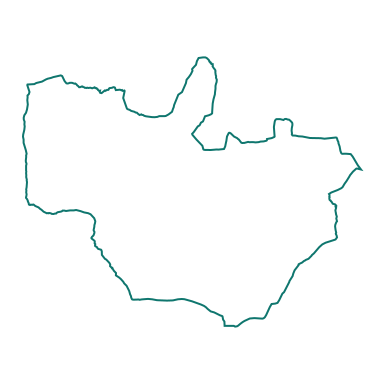 Ikungi, Singida, United Republic of Tanzania (Mercator projection)
{"feature_id": "72390352B5494870713744", "entity_name": "Ikungi", "entity_type": "district", "adm_level": 2, "iso_a3": "TZA", "parent_name": "United Republic of Tanzania", "parent_adm1": "Singida", "projection": "mercator", "projection_center": [34.477, -5.124], "detail": "fine", "context": "isolated", "style": "outline", "palette": "teal", "viewbox_px": 384, "rotation_deg": 0, "n_neighbors": 0, "source": "geoboundaries", "source_scale": "gbopen_adm2", "svg_char_len": 5796}
<svg xmlns="http://www.w3.org/2000/svg" viewBox="0 0 384 384"><path d="M361.0,169.5L357.9,165.4L352.7,156.6L350.7,154.1L345.8,153.7L342.2,153.8L341.6,153.5L341.2,153.0L340.4,150.8L339.6,146.4L338.5,143.4L338.3,141.8L337.5,140.3L337.2,139.0L336.6,137.7L335.9,137.5L324.5,138.7L320.8,138.2L310.0,138.0L302.3,136.5L298.7,136.3L295.4,135.6L292.6,135.5L292.3,135.3L291.8,134.3L292.0,133.5L291.6,130.7L291.8,128.1L292.4,125.1L292.4,123.8L292.1,122.6L290.2,120.6L288.9,119.6L288.0,119.6L286.0,118.9L284.6,119.1L283.5,120.0L280.0,119.1L276.6,119.1L275.7,119.6L275.0,120.7L274.7,121.7L273.9,127.0L274.6,136.6L274.2,137.0L271.7,138.1L267.1,139.0L267.2,139.4L266.7,140.5L266.1,140.8L263.7,141.4L260.4,141.6L258.8,142.1L255.7,142.4L252.9,142.1L249.4,142.2L248.1,141.9L244.4,142.9L242.2,143.0L241.3,142.7L238.8,139.5L237.9,138.9L237.1,138.1L234.1,136.6L230.8,133.4L229.7,132.8L229.1,132.8L228.7,133.1L227.0,136.5L226.3,141.3L226.1,141.9L225.2,146.4L224.0,149.0L218.4,149.6L216.6,149.5L210.7,150.0L204.7,149.9L203.6,149.6L203.3,149.2L202.4,145.8L196.5,139.6L192.5,134.9L192.1,133.9L193.9,131.9L197.8,126.4L199.5,125.4L199.8,125.0L200.9,122.7L203.0,121.4L205.0,116.3L208.7,115.3L211.0,114.3L212.1,113.4L212.2,111.4L212.7,103.6L213.5,99.3L214.9,94.3L215.0,92.5L215.5,88.7L215.5,85.9L216.0,83.8L216.6,82.1L216.8,79.7L216.0,77.8L216.1,76.0L215.7,75.0L215.3,71.8L215.5,71.2L215.3,70.2L214.5,69.0L214.0,68.5L212.6,66.4L212.8,65.7L212.7,64.2L212.1,64.3L211.5,64.1L211.4,63.4L211.0,63.3L210.8,62.8L210.6,62.9L210.1,62.5L209.9,61.8L209.5,61.7L209.2,61.2L209.2,60.6L208.6,59.8L206.7,58.0L205.3,57.4L203.0,57.4L198.6,58.0L196.9,61.2L196.0,64.8L192.3,68.8L192.1,69.2L192.5,70.8L190.9,74.1L188.9,77.0L186.6,79.7L185.9,83.2L182.0,92.1L178.3,94.7L174.1,105.1L173.7,107.2L173.0,108.8L172.0,111.8L168.6,114.4L165.7,116.0L164.8,116.1L159.4,116.1L157.3,116.9L154.5,117.2L151.9,117.1L146.0,116.3L144.2,115.8L143.3,115.1L142.0,114.9L141.4,114.4L139.6,115.0L138.1,113.9L136.9,112.7L135.5,112.5L134.5,111.8L131.2,110.9L129.7,109.9L127.7,109.2L127.0,108.7L126.7,108.0L123.2,98.0L124.6,91.2L124.5,90.6L124.4,90.5L123.0,90.9L122.4,90.8L122.0,90.0L121.1,90.2L120.6,89.9L119.9,89.7L115.8,90.1L114.9,87.6L114.3,87.3L113.3,87.2L112.0,87.8L109.6,88.1L109.0,88.6L108.7,89.5L108.3,89.9L107.0,89.9L106.4,90.4L105.4,90.6L105.2,90.5L105.0,90.9L104.5,90.7L101.6,93.1L100.7,92.8L100.3,92.9L99.5,91.5L99.9,91.1L100.0,90.7L99.6,90.8L98.6,90.4L98.1,90.1L97.7,89.2L96.7,88.7L96.5,88.1L95.3,88.1L94.8,87.5L94.6,87.7L94.3,87.5L92.2,88.3L90.3,87.7L88.3,88.0L87.4,87.7L86.5,88.0L86.1,87.8L85.0,87.9L84.4,87.4L83.1,87.0L82.6,86.5L82.1,86.7L81.7,86.5L80.0,87.2L79.1,87.2L78.3,86.2L77.1,85.3L76.6,84.5L75.3,83.5L74.5,83.7L72.0,82.8L69.8,82.8L68.3,83.4L67.2,83.5L66.4,83.3L64.6,81.1L62.2,76.1L60.8,75.4L53.3,77.1L51.1,77.9L47.7,78.7L45.8,79.5L42.0,81.6L36.3,83.0L34.3,84.1L27.5,84.5L27.4,84.7L27.3,85.2L29.5,92.0L28.8,94.2L27.5,95.5L27.6,97.4L27.3,100.1L27.8,104.5L27.0,109.5L26.0,112.8L24.3,115.3L23.7,117.8L23.8,119.6L24.6,121.7L24.4,124.4L24.7,126.4L24.3,129.9L23.2,134.5L23.0,136.7L23.6,139.6L23.6,142.9L25.8,150.1L26.6,153.7L26.1,155.7L26.2,156.9L25.8,160.5L25.9,162.0L26.4,163.2L26.5,164.0L26.1,165.7L26.1,170.6L26.3,171.4L26.1,173.1L26.3,175.1L26.2,177.1L26.8,179.6L26.7,180.7L27.0,182.0L26.6,187.3L26.2,189.4L26.4,190.7L26.2,192.3L26.6,194.3L26.3,196.4L26.0,197.2L26.1,198.0L27.1,199.2L27.8,200.7L27.8,201.2L28.7,203.2L28.9,204.5L29.9,205.0L30.5,204.9L30.9,204.6L31.8,204.8L32.6,204.8L33.1,204.5L33.6,204.6L35.3,206.0L38.5,207.4L40.4,209.1L41.3,209.6L43.6,211.7L46.9,213.3L48.1,213.0L48.6,213.3L49.5,213.0L51.0,213.4L51.8,213.9L53.5,214.0L54.8,213.6L56.2,213.5L56.7,212.8L57.8,212.2L61.0,211.6L62.0,211.2L62.6,210.6L64.4,210.6L66.0,211.0L70.1,210.4L73.8,210.4L76.1,210.0L80.5,211.1L84.1,212.4L88.2,213.2L90.6,214.3L94.2,218.2L95.3,221.2L95.0,223.1L94.4,225.1L94.3,226.9L93.7,229.6L93.7,230.6L94.4,231.7L94.4,232.9L93.5,235.4L91.9,237.0L91.4,238.0L91.6,238.5L94.5,240.8L94.8,241.7L94.6,243.2L95.3,244.1L95.0,245.2L95.2,246.1L97.0,247.2L97.3,247.9L98.2,248.9L101.0,249.7L101.4,250.2L101.8,251.4L101.9,254.9L104.9,258.8L106.3,259.6L109.3,262.8L110.2,264.4L110.1,266.2L111.4,267.4L112.2,267.7L112.0,268.4L112.3,268.7L112.9,269.0L113.7,270.6L116.0,273.0L115.9,275.4L119.1,277.5L121.0,279.2L123.3,281.8L124.2,283.4L126.6,285.8L129.2,291.0L130.1,294.3L131.0,296.2L131.2,297.5L131.9,299.1L132.3,299.5L133.6,299.7L138.8,299.5L139.6,299.8L141.8,299.4L148.0,298.9L152.2,299.3L157.0,300.2L167.0,300.6L172.9,300.4L177.9,299.3L181.7,299.0L184.4,299.2L192.0,301.3L200.9,304.5L204.0,305.9L205.9,307.2L207.6,308.9L210.7,311.4L214.2,312.4L220.0,315.3L222.0,316.0L222.5,316.4L223.1,319.6L224.4,321.5L224.6,325.9L233.9,325.9L235.1,326.6L237.0,326.3L238.1,325.7L240.6,323.6L242.6,322.1L244.6,320.9L249.8,318.5L254.4,318.1L261.8,318.6L262.7,318.6L263.7,318.2L264.8,317.3L266.2,315.0L269.8,307.1L271.6,304.0L275.2,303.6L277.5,302.9L279.2,300.2L282.4,293.6L284.0,292.2L284.7,290.9L289.2,282.1L289.5,281.0L292.6,276.1L293.3,273.5L294.6,270.3L298.6,265.1L298.5,264.5L298.7,264.2L302.2,262.5L303.8,261.1L305.2,260.4L305.8,259.9L308.5,258.8L311.5,255.8L311.9,255.1L313.9,253.4L319.2,247.2L322.3,244.4L325.6,242.7L335.0,239.7L335.6,239.4L337.0,237.4L336.6,235.5L335.9,234.1L335.8,233.5L336.2,232.8L335.6,230.1L335.1,226.4L335.3,224.8L336.0,222.9L336.3,222.2L337.0,221.3L336.3,218.5L336.8,216.6L335.9,213.8L336.0,213.2L335.7,212.3L335.4,210.2L336.1,207.9L335.6,206.9L336.2,206.6L336.3,205.7L335.9,205.2L335.5,205.2L335.1,204.4L332.7,203.7L331.6,201.8L330.8,201.2L330.7,200.6L329.7,200.0L329.4,199.1L329.3,197.9L329.6,197.5L329.6,197.0L329.3,196.6L329.5,195.8L329.5,194.9L329.0,194.0L331.3,192.5L337.7,190.0L341.3,188.2L342.6,187.1L344.6,183.7L346.5,181.1L349.5,176.3L349.9,175.4L353.0,171.6L356.2,168.7L356.9,168.5L361.0,169.5Z" fill="none" stroke="#0f766e" stroke-width="2"/></svg>